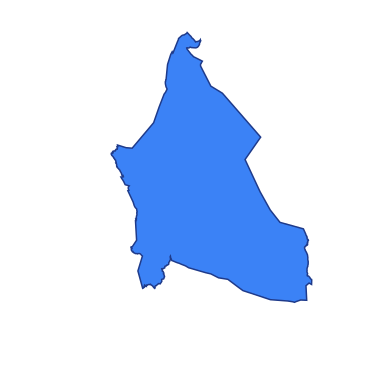 the district of Alvdal nor, Hedmark, Norway, rotated 245°
{"feature_id": "86288312B34159000507118", "entity_name": "Alvdal nor", "entity_type": "district", "adm_level": 2, "iso_a3": "NOR", "parent_name": "Norway", "parent_adm1": "Hedmark", "projection": "natural_earth1", "projection_center": [10.555, 62.097], "detail": "fine", "context": "isolated", "style": "filled", "palette": "blue", "viewbox_px": 384, "rotation_deg": 245, "n_neighbors": 0, "source": "geoboundaries", "source_scale": "gbopen_adm2", "svg_char_len": 5737}
<svg xmlns="http://www.w3.org/2000/svg" viewBox="0 0 384 384"><g transform="rotate(245 192 192)"><path d="M163.4,253.8L199.0,253.8L212.7,277.4L268.7,261.3L280.0,253.8L302.6,253.0L304.3,253.8L304.7,254.7L305.2,255.2L306.2,256.7L313.2,251.2L314.0,250.5L315.6,250.1L317.1,249.4L323.7,247.9L324.2,248.0L324.8,248.1L324.7,248.7L324.3,249.2L324.0,249.6L323.9,250.2L323.9,250.8L324.1,251.2L324.0,251.7L323.2,252.4L321.1,256.2L320.9,257.0L320.9,258.2L321.4,259.4L322.5,261.1L323.3,261.5L323.9,262.0L324.6,263.0L325.5,263.9L326.2,263.8L326.5,263.9L326.1,263.2L325.9,262.5L325.9,262.0L326.0,261.8L326.1,260.2L326.7,258.9L326.6,258.6L328.2,258.4L330.7,257.6L331.5,257.1L333.5,256.8L335.0,256.2L337.2,255.5L338.6,255.0L338.1,254.3L337.7,251.3L337.8,251.1L338.1,249.6L338.1,249.2L337.9,248.3L336.8,244.7L335.6,243.8L334.7,242.7L326.0,233.5L325.9,233.3L327.5,233.3L325.7,230.9L318.1,223.9L317.2,223.3L305.0,216.1L304.8,215.6L303.6,215.0L303.2,214.4L301.3,213.6L298.7,213.0L297.8,212.9L296.6,213.0L296.2,212.9L295.8,212.9L293.6,210.2L292.5,208.1L283.0,198.2L271.0,186.5L257.0,156.3L260.0,151.0L266.0,144.4L264.8,144.2L264.7,144.1L264.9,144.0L264.5,143.8L264.1,143.5L264.0,143.3L264.3,143.1L263.6,143.0L263.1,142.8L263.2,142.6L262.4,142.2L262.5,142.0L262.7,141.8L262.7,141.6L262.8,141.5L262.8,141.2L262.4,140.4L261.9,140.3L261.8,140.1L261.8,139.9L261.7,139.6L261.9,139.3L261.9,139.0L262.2,138.7L262.1,138.3L262.2,138.0L261.9,137.8L262.0,137.5L261.6,137.4L260.9,136.9L261.1,136.7L260.9,136.6L260.9,136.3L260.8,136.2L260.8,135.9L260.9,135.6L261.1,135.7L260.9,135.4L261.1,135.2L260.9,135.0L260.7,134.9L260.4,135.1L260.3,134.8L259.0,134.8L257.8,135.3L256.3,135.5L256.0,135.7L255.4,135.5L254.5,135.9L254.0,135.7L253.2,136.2L251.6,135.8L251.1,135.9L250.9,135.7L250.2,135.6L250.2,135.4L250.3,135.2L250.1,135.2L248.9,135.4L247.8,134.9L247.5,134.7L246.9,134.6L246.6,134.9L246.3,134.8L246.2,134.6L245.9,134.6L244.8,135.0L244.4,135.2L243.0,135.5L242.3,135.8L240.9,135.7L239.8,135.9L238.5,135.9L236.7,135.6L236.2,136.5L235.2,136.1L234.8,136.2L234.8,135.7L235.2,135.1L235.5,134.1L235.6,133.9L233.7,134.0L233.1,134.2L230.3,134.5L227.0,134.5L226.7,134.7L224.1,137.7L223.5,136.6L222.7,135.9L221.6,135.6L220.2,135.5L220.3,134.4L207.8,134.4L204.2,133.9L202.9,133.9L202.0,134.0L200.7,134.4L200.2,134.7L198.6,134.2L197.4,134.0L197.2,133.8L197.1,133.5L196.6,133.4L196.5,133.2L196.2,133.1L195.9,132.9L195.6,132.9L195.1,132.6L194.5,132.5L193.9,131.7L193.3,131.4L192.9,131.0L192.6,130.9L192.3,130.7L191.7,130.5L191.8,130.3L191.0,130.0L191.5,129.8L191.5,129.6L191.0,129.5L190.8,129.8L190.5,129.8L190.5,129.4L190.2,129.1L189.3,128.7L189.5,128.5L171.7,121.4L167.6,114.7L167.5,114.3L167.8,114.0L167.5,113.8L167.5,113.7L167.7,113.3L167.0,113.1L166.8,113.2L166.9,113.4L166.8,113.5L166.2,113.7L166.0,113.1L165.9,113.0L165.3,112.8L165.3,112.7L165.5,112.7L165.3,112.5L164.8,112.5L163.4,112.7L163.3,112.8L163.2,113.0L163.0,112.8L162.4,113.1L162.4,113.4L161.4,113.6L161.0,114.1L160.3,114.5L159.9,115.0L159.7,115.5L159.6,115.8L159.5,116.1L159.0,116.3L159.0,116.5L158.9,117.2L158.7,117.8L158.6,118.1L158.1,118.7L157.6,119.1L156.1,119.5L154.9,120.0L143.3,109.6L125.7,106.6L125.8,107.0L126.6,107.1L126.6,107.3L126.5,107.5L126.3,107.7L126.2,107.8L125.9,107.8L125.7,107.8L125.8,108.0L125.8,108.4L126.2,108.5L126.3,108.8L126.7,109.1L127.5,109.4L127.7,109.6L126.1,110.1L126.2,110.5L125.8,110.8L126.0,110.9L126.3,110.8L126.6,110.8L126.9,111.2L126.5,111.4L126.5,111.7L126.4,112.0L126.5,112.1L126.5,112.4L126.6,112.5L126.5,113.3L126.4,114.0L126.0,114.4L125.8,114.9L126.0,115.3L125.7,115.5L125.0,115.6L124.4,116.2L123.4,116.5L123.2,116.8L122.2,116.8L121.4,117.0L120.4,117.5L120.8,118.1L121.7,118.2L122.5,119.3L122.4,119.6L122.2,120.0L122.7,121.3L122.7,121.7L122.9,122.4L123.2,122.8L122.9,123.2L122.9,123.5L122.4,124.0L122.2,124.4L122.7,125.1L123.1,125.9L123.8,126.9L125.5,127.5L125.6,128.1L125.2,129.5L125.7,130.0L125.9,130.4L126.7,130.8L126.8,131.3L127.4,131.5L128.0,131.5L129.0,131.7L129.6,131.5L129.9,131.5L130.1,131.7L130.0,132.0L130.4,132.2L132.1,132.2L132.5,131.8L132.8,131.7L133.0,132.0L133.5,131.9L133.9,132.1L134.8,132.0L135.3,132.1L135.3,132.3L135.2,132.6L134.8,133.1L134.7,133.4L134.6,133.8L134.9,134.4L134.7,135.1L134.8,135.3L135.8,135.8L136.1,136.1L136.1,136.5L135.9,137.2L136.0,137.6L136.4,138.3L136.4,138.5L136.2,138.7L136.1,139.0L136.3,139.7L136.3,140.2L136.6,140.5L136.9,140.7L137.8,141.0L138.2,141.6L138.3,142.1L138.5,142.4L139.2,142.9L139.8,144.0L140.2,144.2L141.6,144.5L142.3,144.8L142.8,145.0L143.0,145.3L141.2,144.8L140.1,144.9L138.6,144.7L138.2,144.9L137.6,145.6L134.6,148.3L134.1,148.9L133.7,149.2L133.0,150.1L130.9,151.9L130.1,152.7L128.1,154.6L127.2,155.3L124.8,156.9L113.0,170.4L109.8,174.5L103.0,179.8L97.7,187.6L86.4,193.6L81.1,196.5L61.3,217.5L52.7,232.8L49.8,237.1L48.7,238.3L48.7,239.9L48.2,244.8L45.4,250.2L58.9,255.7L60.0,259.6L57.7,261.3L61.6,263.3L62.1,263.4L62.2,263.2L62.6,263.1L63.6,262.7L64.8,262.7L65.5,262.4L66.2,262.2L66.6,262.1L67.1,261.2L67.3,261.1L68.2,261.4L68.9,262.1L69.2,262.3L71.1,262.4L71.6,262.8L72.0,262.9L72.5,263.3L73.6,263.6L75.4,265.1L75.5,265.4L75.9,265.6L76.3,265.8L77.4,266.7L79.6,267.8L80.2,268.0L82.2,268.5L83.4,269.2L86.2,270.1L88.9,270.2L91.3,270.0L91.9,270.2L92.6,270.1L93.3,270.2L93.9,270.5L94.3,270.6L94.6,270.9L94.5,271.3L94.7,271.5L95.0,272.1L94.9,272.3L95.0,272.8L95.3,272.9L95.5,273.3L95.3,273.7L95.8,273.7L96.0,274.0L95.8,274.4L95.7,274.6L96.5,274.9L97.0,274.9L97.2,275.1L97.2,275.3L97.5,275.3L97.7,275.8L98.5,276.0L98.5,276.3L98.7,276.7L99.0,277.1L99.8,277.1L99.8,276.9L100.0,276.9L100.1,276.7L100.6,276.6L101.7,276.8L101.9,277.0L102.2,277.0L102.4,277.2L102.9,277.3L103.2,277.1L103.6,277.3L105.1,277.1L105.7,277.3L111.5,277.4L127.3,258.9L142.6,255.3L163.4,253.8Z" fill="#3b82f6" stroke="#1e3a8a" stroke-width="1.5"/></g></svg>